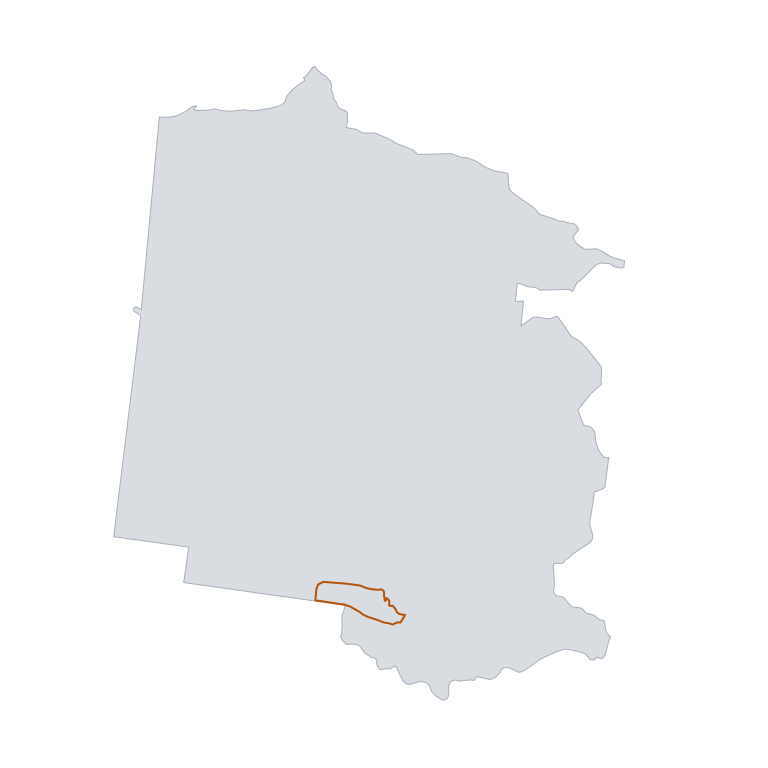 Um Baru, North Darfur, Sudan shown in context, rotated 278°
{"feature_id": "16777658B26622342825559", "entity_name": "Um Baru", "entity_type": "district", "adm_level": 2, "iso_a3": "SDN", "parent_name": "Sudan", "parent_adm1": "North Darfur", "projection": "albers", "projection_center": [24.187, 15.315], "detail": "fine", "context": "in_parent", "style": "outline", "palette": "amber", "viewbox_px": 768, "rotation_deg": 278, "n_neighbors": 0, "source": "geoboundaries", "source_scale": "gbopen_adm2", "svg_char_len": 4694}
<svg xmlns="http://www.w3.org/2000/svg" viewBox="0 0 768 768"><g transform="rotate(278 384 384)"><path d="M539.7,605.0L532.7,605.3L531.9,603.6L531.8,599.1L532.4,595.6L534.7,590.0L534.0,587.1L534.2,582.8L532.1,578.0L514.7,564.8L511.2,561.0L502.0,557.9L503.4,553.9L498.6,525.4L500.3,522.0L500.6,517.0L500.3,512.6L502.2,505.1L502.3,502.0L484.5,502.5L484.4,505.7L485.4,509.2L485.4,510.6L460.7,511.6L471.0,522.5L471.6,527.4L471.3,533.6L471.6,537.5L472.2,540.1L475.1,545.0L475.0,545.9L474.4,547.2L457.3,562.8L454.6,569.8L452.4,573.6L447.4,579.9L431.8,596.4L429.2,597.5L416.9,598.5L415.7,598.9L414.8,599.7L414.2,599.5L403.4,590.4L385.4,579.6L373.8,585.8L370.6,588.1L370.7,593.5L369.0,596.3L365.9,599.4L357.3,601.5L352.8,603.3L347.5,606.4L342.3,611.7L342.0,614.3L342.6,616.7L312.6,617.2L310.6,615.3L306.1,607.0L303.1,607.5L275.7,607.0L271.8,607.9L264.0,611.5L260.1,612.1L256.0,610.5L241.5,594.0L238.4,592.1L235.1,588.1L232.0,586.4L231.0,585.1L230.6,583.4L230.7,579.7L229.6,577.4L227.4,576.9L208.2,580.9L205.4,580.5L201.4,581.2L200.0,581.9L198.3,584.1L198.1,588.6L197.6,590.9L196.1,593.4L190.7,599.1L189.4,601.6L189.7,607.8L189.4,610.9L188.5,612.4L186.1,614.8L185.3,616.2L184.3,624.1L181.3,629.0L180.6,630.7L180.4,634.1L180.0,635.2L171.2,637.9L167.9,639.7L165.9,642.4L165.4,643.6L161.7,642.6L156.9,641.9L147.7,641.0L144.1,639.7L142.3,637.8L142.9,633.0L142.0,632.0L140.5,631.1L139.6,629.0L139.8,626.5L144.6,621.0L145.6,618.0L146.9,604.0L146.6,599.8L142.8,591.9L134.1,578.3L132.0,575.7L121.1,564.5L119.8,562.8L117.2,558.1L120.2,547.7L120.4,544.9L119.7,541.9L116.9,539.7L114.5,539.4L111.3,536.7L109.2,535.4L107.3,532.9L106.1,529.5L107.1,517.4L106.5,515.7L103.7,515.3L103.0,514.4L103.2,512.1L101.7,505.1L100.1,499.3L101.0,496.2L98.8,491.8L94.4,489.9L85.7,491.3L83.0,491.0L81.2,490.2L79.9,488.6L79.2,486.7L79.9,483.9L82.4,478.7L85.5,474.5L91.7,470.7L93.4,468.6L94.4,466.4L94.6,463.7L94.2,461.0L93.5,458.4L91.7,455.1L90.1,451.1L90.0,448.4L90.9,446.5L92.5,444.3L98.7,439.8L105.0,436.1L106.1,434.8L105.7,433.2L102.9,430.1L102.0,424.2L100.4,420.0L103.6,416.9L106.0,415.8L109.7,414.8L111.1,413.5L111.6,411.0L111.5,408.6L112.8,406.8L114.6,403.0L116.0,401.3L120.9,396.9L121.9,394.0L122.3,391.2L121.0,382.8L123.8,379.2L127.3,376.3L132.4,376.6L140.2,376.0L145.6,374.8L149.4,374.8L158.1,376.4L159.0,375.7L159.5,373.5L159.5,213.3L194.9,213.3L195.3,213.0L195.1,137.6L416.2,133.6L418.1,133.3L421.3,126.1L422.8,125.6L425.0,125.9L425.9,127.5L424.2,133.3L617.1,124.4L618.0,133.0L620.0,139.8L626.1,149.3L631.0,154.3L632.9,157.1L633.1,158.5L633.0,159.8L631.5,158.4L629.0,157.6L629.0,162.2L630.6,171.6L633.0,178.1L632.0,184.3L632.8,194.6L636.0,206.9L636.0,214.9L641.2,233.2L645.7,243.3L648.1,245.7L650.6,246.9L655.3,247.5L662.6,252.3L668.4,257.5L670.6,260.2L673.4,263.2L675.2,262.6L676.3,261.6L678.2,264.1L687.3,269.0L688.8,271.5L685.8,274.3L682.5,278.9L681.0,283.0L680.1,284.4L677.4,287.1L676.9,288.3L675.7,289.2L674.4,289.3L671.5,290.9L668.8,290.6L666.1,291.6L665.2,292.6L663.1,293.6L660.2,294.2L655.8,297.9L652.0,299.8L650.7,301.3L649.1,308.2L647.6,310.1L641.8,310.6L638.9,311.4L634.9,310.9L633.0,311.1L632.6,312.6L632.3,318.4L632.5,320.9L629.6,327.8L631.3,340.2L628.6,349.8L628.3,351.9L625.5,359.5L624.0,362.4L620.6,376.4L619.3,380.8L616.0,385.5L621.5,418.5L619.1,428.9L619.6,434.4L617.9,442.7L616.5,446.6L614.1,451.3L612.1,456.6L610.5,463.4L609.9,476.3L609.4,477.5L598.8,479.6L595.5,480.7L593.3,482.2L590.8,485.7L585.8,494.9L583.2,500.6L579.1,508.3L574.2,513.9L573.2,516.6L572.6,521.4L571.1,529.2L569.6,534.7L570.1,539.0L568.8,546.7L569.2,550.3L567.5,552.5L565.1,554.5L563.5,555.1L555.8,550.4L550.7,554.2L547.6,559.2L545.3,564.3L547.3,574.7L547.2,577.0L546.6,579.5L542.1,590.0L540.9,594.7L539.7,603.0L539.7,605.0Z" fill="#d9dde1" stroke="#a8b0b8" stroke-width="1"/><path d="M179.4,395.9L179.3,395.7L179.5,394.8L179.7,394.1L180.2,392.0L180.5,390.8L181.1,388.3L181.1,386.5L181.1,384.9L181.1,381.3L181.0,373.3L181.0,373.2L180.4,364.7L180.2,361.3L179.6,351.5L176.4,346.8L172.0,345.6L160.2,346.1L160.2,351.7L160.2,354.0L160.1,362.5L160.1,365.4L160.0,366.2L160.0,367.3L160.0,369.6L160.1,373.3L160.1,373.6L160.1,375.1L160.0,376.0L159.8,376.0L159.4,378.6L159.0,381.2L154.8,391.9L152.7,395.4L150.9,401.2L150.7,402.4L150.7,403.3L149.1,411.8L148.4,414.5L147.8,417.4L147.7,422.8L147.0,426.0L149.8,430.3L150.1,433.5L156.8,436.5L158.2,436.8L158.3,435.4L158.1,435.3L158.5,430.7L159.9,428.4L162.3,427.0L165.5,423.7L165.6,422.7L165.0,420.8L165.6,419.9L167.5,419.7L170.1,419.4L170.8,418.5L171.9,417.2L172.2,416.2L171.4,415.7L169.9,415.9L169.5,415.1L170.4,414.5L171.8,414.5L173.2,414.0L174.5,413.3L176.8,413.3L178.9,412.6L180.3,410.1L179.3,406.7L179.1,400.5L179.4,396.0L179.4,395.9Z" fill="none" stroke="#b45309" stroke-width="2"/></g></svg>